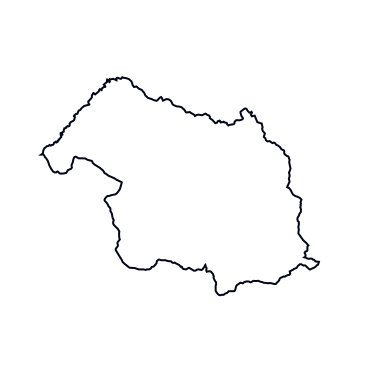 outline of Nam Dong, Thừa Thiên - Huế, Vietnam, rotated 46°
{"feature_id": "81297802B42791937018990", "entity_name": "Nam Dong", "entity_type": "district", "adm_level": 2, "iso_a3": "VNM", "parent_name": "Vietnam", "parent_adm1": "Thừa Thiên - Huế", "projection": "mercator", "projection_center": [107.686, 16.119], "detail": "fine", "context": "isolated", "style": "outline", "palette": "ink", "viewbox_px": 384, "rotation_deg": 46, "n_neighbors": 0, "source": "geoboundaries", "source_scale": "gbopen_adm2", "svg_char_len": 5974}
<svg xmlns="http://www.w3.org/2000/svg" viewBox="0 0 384 384"><g transform="rotate(46 192 192)"><path d="M60.4,274.4L61.7,273.0L63.1,272.9L64.6,273.5L66.6,273.5L69.7,274.2L73.9,276.2L77.5,277.2L80.8,277.7L82.5,277.2L83.6,276.0L83.7,274.6L84.1,274.3L86.6,274.3L87.4,273.9L89.7,271.2L90.9,269.0L90.4,267.2L90.0,266.3L91.2,263.1L91.2,262.2L90.9,261.4L89.0,260.0L88.0,257.5L85.9,254.3L85.2,252.4L85.9,251.0L89.1,250.1L93.6,245.5L96.3,244.8L99.8,242.6L100.8,242.5L102.0,243.2L104.7,243.0L110.6,241.5L114.3,241.1L115.7,241.2L117.7,241.8L119.2,241.2L122.2,240.8L128.2,238.3L130.7,237.8L136.0,235.8L136.5,236.0L139.8,241.8L140.6,245.5L140.7,247.0L140.4,248.9L138.4,251.9L137.4,254.2L136.2,255.6L136.1,256.6L136.3,259.0L136.8,260.3L137.3,260.7L138.2,260.9L141.2,260.9L144.1,261.9L146.9,262.0L149.1,263.9L151.7,264.6L155.5,267.1L157.9,267.8L158.7,269.5L160.2,270.8L161.9,271.1L167.2,271.0L169.9,271.7L171.1,273.2L173.3,275.2L174.4,276.1L176.0,276.9L176.5,280.5L176.9,281.1L178.2,281.8L179.0,282.4L179.5,283.5L179.8,286.1L180.5,287.0L181.1,287.3L192.5,289.8L194.1,290.5L196.4,290.4L202.8,289.6L203.5,289.2L206.8,286.1L210.8,284.0L213.9,280.7L215.9,279.4L216.5,278.0L217.8,276.7L218.4,275.1L218.0,273.0L218.8,271.7L219.0,270.9L218.7,267.3L217.3,265.2L217.4,263.3L217.9,262.4L219.9,261.4L222.6,258.5L224.9,257.4L227.2,255.3L229.2,255.2L230.3,254.4L230.8,253.4L231.8,253.3L235.7,251.9L238.0,252.1L238.3,251.4L238.7,251.2L240.4,251.8L241.4,251.7L243.6,250.0L244.2,247.2L244.6,246.7L249.3,245.5L250.2,245.1L251.0,244.1L251.3,242.4L251.8,241.6L252.5,240.8L254.7,239.4L254.8,239.1L254.9,237.7L254.3,234.7L253.7,233.5L253.7,233.0L255.4,234.0L256.9,234.4L258.4,236.3L259.6,236.8L260.5,235.3L261.8,233.9L262.7,233.7L265.5,233.9L268.1,235.1L268.5,236.0L268.9,236.2L271.8,237.2L273.5,237.4L275.0,238.6L276.1,240.4L279.4,243.5L280.8,244.0L283.5,244.3L284.7,244.1L285.9,243.4L286.9,241.6L288.0,240.7L288.0,239.1L289.0,236.7L288.9,234.5L292.6,230.6L292.7,229.6L291.9,228.0L290.4,225.6L290.2,224.4L290.9,220.2L293.0,218.9L293.1,217.0L294.2,214.9L295.7,213.4L297.7,212.6L298.0,212.0L298.5,209.7L300.7,207.6L301.9,206.0L304.4,205.0L305.3,204.2L307.2,203.4L309.4,201.4L310.5,200.8L311.5,199.2L315.3,196.7L316.3,195.7L316.2,191.6L316.0,190.5L315.3,189.2L315.2,188.1L316.1,185.9L316.2,185.0L317.4,184.0L318.0,181.5L319.0,179.9L319.2,178.9L318.9,178.0L317.0,176.9L318.2,172.9L318.1,172.2L319.2,169.7L318.7,167.0L318.9,165.8L318.8,164.8L319.9,163.6L322.4,162.9L322.8,162.2L323.5,161.6L324.4,161.4L325.5,161.5L329.3,161.2L329.7,161.0L331.2,156.9L331.6,154.8L331.4,153.1L331.8,152.2L331.7,151.5L330.4,149.2L327.7,151.4L325.7,151.3L324.8,151.9L323.4,152.0L322.7,152.5L321.2,154.4L319.6,155.4L318.2,155.8L317.0,156.5L317.2,155.3L316.3,154.1L313.9,153.2L313.6,151.8L314.2,150.8L314.3,149.9L313.9,149.3L311.6,147.1L311.3,146.5L311.3,145.4L308.0,145.2L304.1,145.5L295.9,144.3L295.3,143.9L293.0,141.0L291.1,139.9L289.6,137.7L288.1,136.3L287.7,136.0L286.5,136.1L284.9,135.2L284.1,134.3L283.7,133.4L283.2,131.3L282.4,130.1L281.9,127.5L280.3,125.7L278.3,124.8L277.5,123.5L276.4,122.6L276.2,121.8L274.7,121.0L273.5,118.5L271.0,118.6L268.5,119.5L266.7,120.5L263.8,121.1L259.2,119.7L257.8,119.5L256.3,119.5L254.6,120.3L252.5,115.0L251.9,114.3L249.8,113.2L248.3,110.6L245.3,108.6L244.9,107.3L243.5,104.8L238.2,101.5L236.5,99.3L235.4,99.0L233.9,98.1L233.2,98.1L231.9,98.7L229.2,99.1L228.1,98.7L226.7,97.3L226.0,97.0L223.4,98.0L221.0,97.5L217.9,98.0L216.7,98.6L214.0,98.4L213.3,98.8L212.7,100.2L209.3,100.8L207.9,102.7L206.0,102.8L204.3,101.9L202.8,102.1L202.0,101.8L200.6,99.0L199.7,98.8L197.6,98.8L196.4,98.3L195.0,97.4L194.6,96.4L191.2,94.3L187.2,96.5L180.6,93.9L179.1,96.4L178.5,96.3L177.3,95.9L176.6,93.8L175.7,93.5L175.4,95.0L174.6,95.6L172.3,95.6L170.3,95.1L169.2,95.4L168.9,95.7L168.6,96.3L168.0,100.7L168.1,101.5L169.2,102.4L171.5,103.6L174.2,104.0L174.7,104.5L174.5,105.8L174.0,107.1L173.3,108.1L171.6,109.7L171.0,110.6L171.1,112.7L172.1,113.8L172.2,114.5L171.7,115.7L169.7,118.4L169.4,119.6L167.7,119.7L166.9,119.1L166.3,119.1L164.7,120.2L163.5,120.3L163.4,121.1L162.3,122.1L162.0,123.0L161.4,123.0L160.1,122.5L159.8,122.6L159.0,124.3L159.5,125.9L158.7,127.4L154.1,127.3L151.3,127.9L150.4,126.9L148.9,126.6L146.9,127.5L145.1,127.8L144.7,128.4L143.8,131.5L142.5,132.3L140.7,133.8L139.7,135.5L139.4,137.1L137.9,136.8L134.1,137.9L133.0,138.0L130.8,140.9L129.7,140.9L127.3,140.3L126.3,140.6L123.8,140.6L122.2,141.5L119.6,143.6L116.4,145.0L114.8,144.9L113.4,144.3L111.6,143.9L109.3,144.4L108.1,145.2L107.3,146.1L106.1,149.4L104.3,148.6L102.3,148.2L101.9,149.2L101.8,150.3L102.0,153.1L101.7,154.3L99.2,155.7L97.0,156.5L93.7,158.3L90.3,158.5L87.1,157.4L85.9,157.5L83.8,157.2L80.9,158.4L77.4,158.7L76.7,159.9L76.5,160.5L76.1,160.8L74.0,160.4L70.3,158.7L67.4,158.9L66.3,159.3L64.0,160.5L62.3,161.9L61.0,162.4L61.3,163.8L61.2,164.6L59.3,165.7L58.3,166.0L57.7,167.0L57.8,167.6L58.9,168.3L59.2,168.7L57.3,169.3L56.7,169.8L55.8,170.1L54.4,172.4L53.6,172.9L53.8,173.4L55.5,174.4L55.6,175.0L55.1,175.1L53.0,174.8L52.2,174.9L52.5,175.5L53.9,177.1L53.6,178.6L53.5,180.9L55.4,181.0L56.0,181.1L56.1,181.4L55.2,182.7L55.0,184.3L55.2,185.2L55.9,186.1L55.9,186.4L54.0,186.8L54.0,187.4L54.9,189.3L54.5,193.9L53.9,194.1L52.5,194.0L52.3,194.3L52.5,195.3L53.1,197.1L54.1,198.0L54.5,198.7L54.9,203.8L56.1,204.7L56.8,205.0L57.6,204.9L57.8,205.2L55.2,209.8L55.0,213.7L55.4,215.2L54.8,216.8L55.0,217.8L56.1,220.1L55.3,221.2L55.1,223.6L55.5,224.3L56.3,224.0L56.8,224.2L58.2,226.5L58.4,227.6L57.5,230.8L57.9,232.6L59.0,233.5L59.3,234.4L59.0,235.3L58.1,235.8L58.2,236.6L57.9,237.4L58.4,238.0L58.3,238.6L57.5,239.5L58.4,241.3L59.4,242.1L59.5,242.4L58.4,245.6L58.8,246.1L60.4,245.2L60.7,245.3L60.4,247.2L61.5,247.7L61.7,248.0L61.6,248.9L62.0,250.8L61.6,251.5L62.2,252.3L61.9,253.0L62.5,253.7L62.3,254.9L61.5,254.9L61.1,255.2L61.3,255.9L60.7,256.9L61.4,258.1L61.5,259.3L60.7,260.3L60.5,261.4L59.2,261.7L59.1,263.4L58.2,264.7L58.2,266.7L57.9,267.5L58.8,270.1L60.5,272.2L60.6,273.2L60.4,274.4Z" fill="none" stroke="#020617" stroke-width="2"/></g></svg>